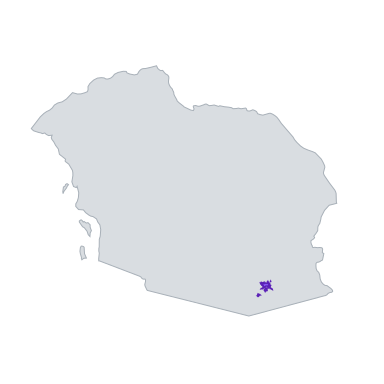 location of Ukerewe, Mwanza, United Republic of Tanzania, rotated 165°
{"feature_id": "72390352B65036310172855", "entity_name": "Ukerewe", "entity_type": "district", "adm_level": 2, "iso_a3": "TZA", "parent_name": "United Republic of Tanzania", "parent_adm1": "Mwanza", "projection": "mercator", "projection_center": [33.011, -1.921], "detail": "fine", "context": "in_parent", "style": "filled", "palette": "violet", "viewbox_px": 384, "rotation_deg": 165, "n_neighbors": 0, "source": "geoboundaries", "source_scale": "gbopen_adm2", "svg_char_len": 7274}
<svg xmlns="http://www.w3.org/2000/svg" viewBox="0 0 384 384"><g transform="rotate(165 192 192)"><path d="M142.8,268.1L138.7,266.0L135.0,264.6L132.0,263.2L130.7,261.8L127.8,261.2L125.4,261.0L123.1,259.7L118.4,259.2L117.9,258.3L117.8,256.4L117.0,255.8L115.3,255.3L113.5,255.4L112.4,255.7L111.7,255.5L110.2,254.4L108.8,252.9L108.3,250.6L106.1,249.1L103.7,247.9L96.9,248.0L95.8,247.7L94.2,246.5L92.3,244.5L90.7,242.3L89.4,239.3L88.0,235.2L80.2,219.0L79.4,216.0L77.8,212.6L75.3,208.4L72.7,205.3L69.1,202.5L65.0,199.7L62.8,197.9L58.6,190.3L57.7,186.7L57.1,183.0L57.3,181.5L60.0,176.8L60.2,175.4L59.9,173.6L58.6,169.9L57.0,165.3L53.6,156.9L53.2,154.8L53.2,153.2L55.2,144.8L55.1,143.6L63.0,143.7L68.7,140.0L73.7,134.5L74.7,132.2L76.7,128.6L78.7,126.8L79.5,125.6L80.6,122.1L83.2,119.7L85.8,117.8L85.3,116.5L85.6,116.0L87.0,115.1L89.7,114.2L90.2,112.4L90.2,110.3L89.8,109.1L89.9,107.7L89.5,107.0L87.7,106.8L85.1,105.7L82.9,105.3L81.4,104.7L80.8,104.2L80.6,103.0L81.8,99.7L80.6,98.4L83.3,93.0L83.8,92.4L84.8,92.3L86.4,91.7L87.8,91.5L89.0,91.7L89.9,91.5L90.7,90.9L91.3,89.0L91.9,86.0L91.6,83.5L90.4,81.6L90.1,78.7L90.7,74.8L90.3,71.5L89.0,68.9L87.7,67.4L85.8,66.6L82.7,62.7L81.7,60.7L81.9,59.5L83.0,59.0L84.9,59.2L86.8,58.8L88.5,57.7L90.2,57.4L91.1,57.5L169.2,57.5L260.6,108.5L260.9,109.1L261.7,113.5L261.5,115.0L260.1,117.5L259.7,118.9L259.7,119.8L260.0,120.1L261.2,120.3L262.2,120.9L262.6,121.3L263.4,123.2L264.4,124.2L299.1,149.3L299.9,149.6L299.4,151.7L297.4,156.9L297.3,159.0L296.6,161.5L295.8,163.1L293.8,170.3L292.1,173.0L289.9,179.3L289.5,184.1L290.8,187.5L291.2,190.7L293.9,193.8L296.0,194.9L297.5,196.3L300.1,199.6L301.5,202.8L306.1,204.4L308.0,208.1L307.3,210.6L305.2,212.7L303.2,216.0L301.6,220.5L301.5,227.3L302.6,226.2L305.0,227.9L305.4,232.9L302.8,238.7L302.1,241.5L301.9,243.8L303.8,250.8L306.5,254.3L306.3,255.4L305.6,256.4L310.3,262.7L310.0,268.2L311.7,272.4L312.5,276.1L313.7,279.0L313.9,280.9L312.4,283.1L315.9,283.6L317.9,285.4L318.9,287.1L321.4,287.1L322.7,288.2L324.7,289.2L329.0,292.0L330.1,293.5L330.8,294.9L319.0,303.9L314.7,306.2L311.7,307.3L308.4,307.9L305.3,309.3L302.4,311.6L298.6,312.7L294.0,312.7L289.2,314.3L281.7,318.9L277.3,316.3L273.8,315.5L269.9,315.6L267.4,315.9L266.6,316.5L265.8,318.1L265.2,320.7L262.6,323.2L258.0,325.6L253.8,326.5L249.9,325.9L247.3,324.9L246.0,323.5L244.0,322.9L241.3,323.0L238.8,324.0L236.4,325.8L232.5,326.6L227.2,326.4L224.3,325.5L224.0,323.9L221.6,322.1L217.4,320.0L214.2,319.9L212.2,322.0L210.4,323.2L208.7,323.8L207.2,323.8L205.1,323.3L199.2,323.1L193.6,323.1L193.1,320.2L191.9,318.4L190.9,317.4L189.0,317.1L188.5,316.3L187.8,314.5L186.9,312.9L185.6,311.7L184.9,310.5L184.6,309.4L184.8,308.2L186.0,305.2L186.4,303.2L186.2,301.1L185.6,298.9L184.3,296.4L184.4,295.7L184.0,293.9L183.9,292.7L184.2,291.2L183.9,289.2L182.8,284.9L182.8,283.9L181.6,281.8L177.9,276.9L177.7,276.3L171.9,271.4L169.6,270.3L168.8,271.2L168.5,272.1L168.7,273.7L168.6,274.4L168.3,274.8L167.0,274.7L166.1,274.6L163.9,273.2L162.2,272.9L158.0,273.2L156.5,273.5L155.3,273.2L153.0,270.9L150.4,270.5L148.1,270.3L144.2,267.8L142.8,268.1ZM306.7,186.8L308.6,192.1L308.4,193.1L307.1,193.7L306.3,193.8L305.5,192.9L304.9,191.1L303.9,191.5L302.2,189.4L300.4,189.3L298.9,186.7L299.5,184.5L299.2,180.7L301.0,178.7L302.1,175.4L303.3,177.7L303.5,181.2L305.2,185.3L306.7,186.8ZM315.9,155.0L316.1,156.3L315.7,157.4L315.8,161.2L315.6,163.7L314.2,167.2L313.0,168.4L312.0,168.1L311.1,167.5L310.5,166.6L311.8,160.2L311.1,155.5L313.8,156.0L315.9,155.0ZM312.1,232.0L310.7,232.4L310.2,232.1L309.4,231.0L310.8,230.1L312.2,228.4L315.5,225.8L317.0,223.8L316.7,225.8L314.9,230.1L313.3,230.4L312.1,232.0Z" fill="#d9dde1" stroke="#a8b0b8" stroke-width="1"/><path d="M142.7,79.5L142.4,79.5L142.4,79.8L142.3,80.0L142.1,80.1L142.2,80.3L142.0,80.5L141.9,80.6L141.7,80.5L141.4,80.7L141.2,80.7L141.0,80.8L140.9,80.7L140.7,80.6L140.4,80.5L140.5,80.6L140.7,80.8L140.6,81.1L140.9,81.1L140.9,80.9L141.2,80.9L141.2,81.1L141.3,81.0L141.3,80.9L141.5,81.1L141.5,81.4L141.5,81.5L141.8,81.6L142.0,81.6L142.3,81.7L142.4,81.8L142.1,82.0L141.9,82.4L141.6,82.4L141.5,82.5L141.3,82.8L141.2,82.9L140.7,83.4L140.7,83.5L140.9,83.6L140.9,83.8L141.1,84.0L141.3,84.0L141.3,83.9L141.4,83.7L141.5,83.7L141.5,83.8L141.6,83.7L141.9,83.8L141.9,84.4L142.0,84.3L142.3,84.4L142.7,84.5L143.1,84.3L143.2,84.5L143.5,84.6L143.8,84.6L144.0,84.7L144.3,84.8L144.7,84.9L144.9,84.9L145.1,85.0L145.5,85.1L145.7,85.4L145.9,85.5L146.0,85.5L146.2,85.8L146.5,85.6L146.5,85.3L146.7,85.1L146.9,85.0L147.2,85.2L147.3,85.4L147.2,85.5L147.4,85.9L147.6,86.1L147.8,86.3L148.0,86.4L148.2,86.5L148.3,86.6L148.5,86.8L148.7,86.6L148.8,86.5L148.6,86.3L148.6,86.2L148.6,85.9L148.6,85.6L148.9,85.5L149.0,85.7L149.0,85.8L149.1,86.0L149.1,85.9L149.2,86.0L149.3,85.9L149.4,86.0L149.4,85.9L149.2,85.6L149.1,85.4L148.9,85.3L148.8,85.2L148.9,85.3L149.0,85.2L148.8,85.1L148.6,84.8L148.4,84.8L148.4,84.7L148.1,84.5L148.0,84.4L147.9,84.4L148.0,84.3L147.9,84.3L147.8,84.2L148.1,83.8L148.4,83.9L148.5,83.7L148.2,83.5L147.7,83.6L147.4,83.3L147.4,83.0L147.4,82.7L147.7,82.4L147.6,82.2L147.4,82.1L147.5,82.0L147.7,81.9L147.4,81.7L147.5,81.4L147.4,81.3L147.3,81.2L147.2,81.2L147.2,81.4L147.1,81.6L146.9,81.4L146.6,81.6L145.9,81.5L145.7,81.6L145.5,81.8L145.0,82.0L144.9,82.0L144.8,81.9L144.5,81.9L144.3,81.9L143.9,81.8L143.7,81.6L143.6,81.4L143.3,81.2L143.2,81.0L143.0,80.9L143.0,80.7L143.0,80.4L143.3,80.3L143.3,80.2L143.5,79.8L143.4,79.7L143.2,79.8L143.1,79.6L142.9,79.5L142.7,79.5ZM146.9,77.2L146.8,77.3L146.8,77.2L146.7,77.4L146.6,77.5L146.2,77.4L145.8,77.5L145.7,77.5L145.6,77.4L145.4,77.4L145.0,77.4L145.0,77.5L144.9,78.0L145.0,78.1L144.8,78.6L145.0,78.6L145.0,78.9L144.9,79.0L145.1,79.2L145.4,79.3L145.3,79.6L145.5,79.5L145.8,79.6L146.0,79.5L146.4,79.2L146.6,79.0L146.9,78.9L147.0,78.9L147.3,78.7L147.2,78.5L147.3,78.4L147.3,78.1L147.1,78.1L146.9,78.0L146.9,77.8L147.0,77.7L147.3,77.8L147.2,77.5L147.1,77.4L146.9,77.4L146.9,77.2ZM153.6,74.9L153.3,74.9L153.0,74.9L153.1,75.0L153.1,75.4L153.2,75.5L153.5,75.6L153.8,75.7L154.0,75.9L154.0,75.5L153.8,75.2L153.6,75.1L153.6,74.9ZM141.9,84.9L141.8,84.7L141.8,84.8L141.6,84.9L141.5,85.1L141.7,85.3L141.9,85.5L142.0,85.5L142.0,85.8L142.1,85.7L142.4,85.7L142.5,85.4L142.5,85.2L142.4,85.1L142.0,85.0L141.9,84.9ZM148.6,80.3L148.3,80.5L148.5,80.6L148.8,80.7L149.0,80.8L149.1,80.7L149.5,80.5L149.4,80.4L148.7,80.4L148.6,80.3ZM141.2,78.7L140.8,78.7L140.8,78.8L141.4,79.3L141.5,79.2L141.4,78.9L141.2,78.9L141.2,78.7ZM146.6,80.8L146.5,80.7L146.4,80.4L146.1,80.2L146.1,80.3L146.1,80.7L146.2,81.0L146.6,80.8ZM155.0,75.9L155.3,75.5L155.3,75.4L155.2,75.4L155.1,75.6L154.9,75.7L155.0,75.9ZM155.4,74.3L155.2,74.3L155.2,74.5L155.3,74.6L155.5,74.6L155.4,74.5L155.4,74.4L155.4,74.3ZM140.4,81.5L140.3,81.3L140.2,81.4L140.2,81.5L140.3,81.6L140.4,81.5ZM154.9,74.3L154.9,74.1L154.6,74.2L154.6,74.3L154.9,74.3ZM139.7,77.3L139.7,77.5L139.8,77.6L139.8,77.4L139.7,77.3ZM150.0,80.7L149.9,80.7L150.1,80.8L150.2,80.7L150.0,80.7ZM145.0,85.4L144.9,85.5L145.0,85.7L145.0,85.4ZM146.2,86.1L146.2,85.9L146.0,86.1L146.2,86.1ZM140.1,78.4L140.1,78.2L140.1,78.4ZM140.3,77.7L140.2,77.6L140.2,77.8L140.2,77.7L140.3,77.7ZM149.7,85.1L149.4,85.2L149.6,85.2L149.7,85.1ZM139.3,85.2L139.2,85.2L139.2,85.4L139.3,85.3L139.3,85.2ZM140.1,77.9L140.0,78.0L140.1,77.9ZM142.3,78.0L142.3,77.9L142.3,78.0Z" fill="#8b5cf6" stroke="#5b21b6" stroke-width="1.5"/></g></svg>